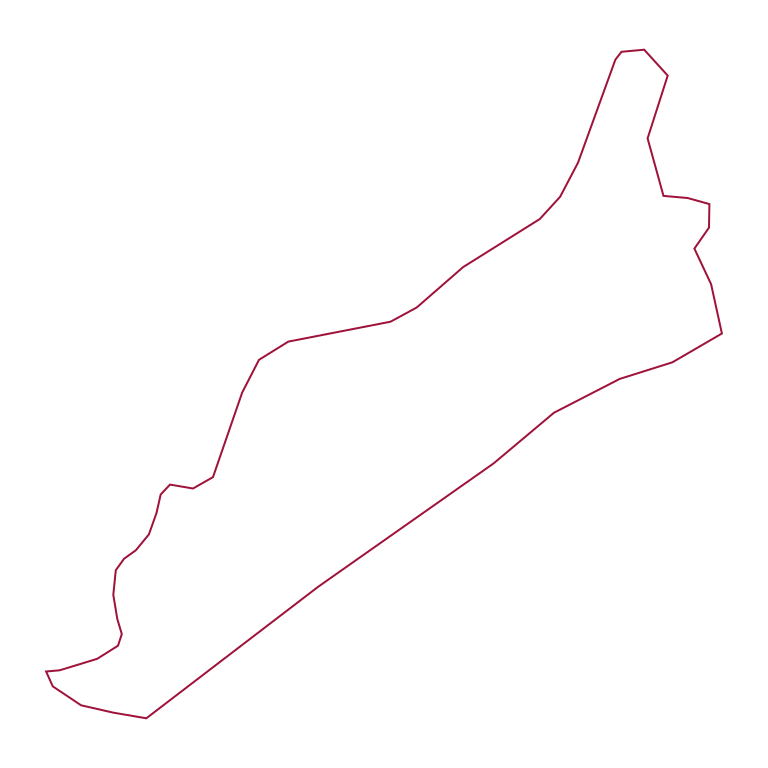 Qusar, Mercator projection
{"feature_id": "AZE-1729", "entity_name": "Qusar", "entity_type": "District", "adm_level": 1, "iso_a3": "AZE", "parent_name": "Azerbaijan", "parent_adm1": "", "projection": "mercator", "projection_center": [48.173, 41.44], "detail": "fine", "context": "isolated", "style": "outline", "palette": "rose", "viewbox_px": 768, "rotation_deg": 0, "n_neighbors": 0, "source": "natural_earth", "source_scale": "10m", "svg_char_len": 682}
<svg xmlns="http://www.w3.org/2000/svg" viewBox="0 0 768 768"><path d="M193.0,488.5L213.0,477.1L242.2,392.5L259.0,359.8L288.3,341.6L390.5,321.7L416.7,307.5L463.1,267.1L539.8,219.0L560.1,196.8L578.0,162.7L615.4,59.6L621.5,51.8L644.2,49.7L667.7,75.6L647.6,138.4L663.5,195.9L687.5,198.0L709.4,204.1L709.0,227.6L694.4,248.6L711.1,284.2L721.9,333.5L672.4,362.3L619.7,378.9L554.0,412.7L493.6,463.4L318.1,586.8L146.3,718.3L113.5,712.7L81.1,705.3L52.8,686.4L46.1,671.5L59.6,670.3L97.2,658.8L118.0,645.7L121.8,634.1L117.3,619.0L113.3,594.8L115.8,570.2L124.1,558.7L135.9,550.2L148.9,534.4L156.5,513.0L160.7,494.5L170.0,484.6L193.0,488.5Z" fill="none" stroke="#9f1239" stroke-width="2"/></svg>